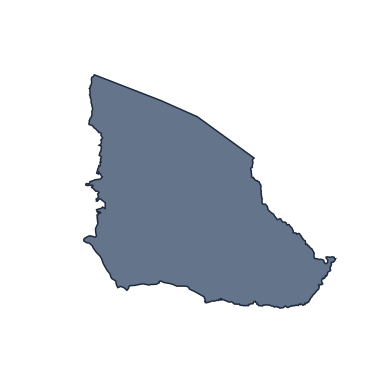 outline of Agua Blanca de Iturbide, Hidalgo, Mexico, rotated 73°
{"feature_id": "50627088B60120060131713", "entity_name": "Agua Blanca de Iturbide", "entity_type": "district", "adm_level": 2, "iso_a3": "MEX", "parent_name": "Mexico", "parent_adm1": "Hidalgo", "projection": "albers", "projection_center": [-98.352, 20.365], "detail": "fine", "context": "isolated", "style": "filled", "palette": "slate", "viewbox_px": 384, "rotation_deg": 73, "n_neighbors": 0, "source": "geoboundaries", "source_scale": "gbopen_adm2", "svg_char_len": 6032}
<svg xmlns="http://www.w3.org/2000/svg" viewBox="0 0 384 384"><g transform="rotate(73 192 192)"><path d="M139.8,273.6L140.2,273.2L142.0,275.0L146.2,277.7L147.5,276.1L145.8,275.3L147.9,274.4L150.4,273.9L151.3,273.4L151.9,274.0L152.6,275.5L152.8,276.8L151.9,281.1L152.2,282.6L152.3,286.6L153.0,286.7L153.5,287.2L153.8,287.9L153.9,288.5L153.1,290.5L153.2,290.9L153.7,291.4L154.4,291.4L154.8,291.1L155.3,290.0L155.9,286.5L156.2,285.7L156.8,284.8L157.4,285.1L157.9,286.7L158.4,286.6L159.8,285.4L163.0,283.9L163.6,282.2L165.1,281.0L165.6,281.4L166.2,282.7L168.2,283.0L169.3,282.7L169.8,283.0L170.6,285.0L170.7,285.7L171.0,285.8L171.5,285.5L172.7,286.1L173.1,285.1L171.7,283.1L171.6,282.3L171.8,281.7L176.9,278.1L182.4,279.9L180.2,282.0L181.0,282.9L181.0,288.5L183.1,288.5L183.5,287.2L184.2,285.9L185.0,285.4L185.5,286.2L184.5,288.1L186.2,288.2L186.8,289.3L186.5,289.6L187.7,289.9L188.6,289.7L189.1,290.4L190.1,290.1L190.4,290.5L191.5,290.6L191.8,290.4L192.4,291.0L193.2,290.9L194.9,291.4L197.3,293.7L199.3,295.2L202.8,295.9L206.3,296.3L206.8,298.0L204.7,301.1L203.9,303.1L204.2,305.4L205.0,308.5L206.0,309.5L207.0,309.8L207.7,309.4L209.9,307.3L210.7,305.4L214.2,303.1L216.4,302.9L221.8,301.1L226.4,298.7L229.3,298.0L234.4,297.8L239.2,296.8L242.1,296.1L245.9,294.5L246.7,294.4L250.1,294.4L251.5,293.9L254.8,290.9L257.4,291.3L259.3,291.4L260.8,291.0L261.7,291.0L261.6,288.9L261.3,288.4L261.7,287.5L263.4,285.2L267.0,283.0L265.5,280.7L264.9,280.7L263.4,279.1L264.6,273.9L265.4,265.9L268.5,260.1L268.3,259.0L269.8,253.2L269.2,249.8L269.0,249.6L268.4,249.8L268.2,249.7L267.8,248.4L268.7,247.0L270.2,245.6L273.5,239.1L275.0,237.0L276.3,235.6L277.7,233.8L278.7,230.2L280.1,225.8L280.9,224.3L281.6,223.5L284.4,222.6L288.1,218.4L295.9,211.0L296.9,211.2L297.0,211.0L299.7,211.0L300.0,211.2L300.1,211.7L300.4,211.8L300.8,211.1L301.7,211.5L301.8,211.3L302.0,210.7L302.2,210.4L302.3,206.6L302.0,204.6L302.9,202.7L302.8,200.2L303.5,198.2L303.2,197.6L302.7,197.5L303.7,196.1L303.8,195.4L301.9,196.3L308.1,188.8L308.6,186.2L311.5,184.2L311.8,183.7L311.9,182.7L312.2,182.4L312.6,181.4L313.0,179.5L314.1,179.3L314.8,178.1L315.3,176.5L316.0,175.8L315.9,174.6L316.6,173.7L316.5,172.8L316.6,172.2L317.1,171.9L317.2,171.3L316.7,170.5L316.2,170.3L316.2,167.8L316.6,166.9L316.7,166.4L315.8,165.7L315.1,164.9L315.1,163.4L316.1,163.4L316.9,162.5L317.5,162.4L318.2,162.7L318.4,161.9L320.0,161.6L321.5,158.2L321.4,157.7L321.2,157.4L321.3,157.2L321.1,156.3L321.6,155.1L321.5,154.0L321.7,153.5L322.4,152.4L322.8,151.0L324.6,148.8L324.7,147.9L326.0,147.0L326.2,146.6L326.1,145.0L327.3,143.6L327.4,143.0L328.0,142.2L328.5,142.2L328.9,141.0L328.9,140.1L329.3,139.4L329.3,138.8L328.4,136.3L328.4,135.8L330.0,134.9L330.5,133.9L329.9,130.0L330.4,129.8L330.1,128.6L330.8,127.4L330.5,125.7L330.9,125.5L330.9,125.0L331.5,123.7L331.5,123.3L330.9,122.8L330.7,121.8L330.8,121.5L331.3,121.4L331.1,120.7L331.5,119.8L332.7,119.1L332.7,118.8L332.3,118.0L332.6,117.5L332.6,116.8L332.1,116.3L331.4,116.4L331.8,114.5L331.4,113.9L331.5,113.5L331.1,112.9L331.1,112.3L330.2,111.7L329.4,110.6L328.8,110.4L328.8,110.1L328.0,109.4L327.3,108.0L326.1,106.8L325.2,104.9L323.3,102.1L322.8,101.8L322.5,100.3L321.9,99.4L321.6,99.0L319.7,98.0L318.3,98.2L317.8,98.2L317.6,97.9L317.7,97.5L318.1,97.2L318.2,96.3L318.5,95.2L318.0,94.9L318.2,94.0L318.0,93.8L317.5,93.8L316.7,94.2L315.1,94.1L314.2,93.8L312.8,92.4L312.7,91.8L313.4,91.6L313.2,90.5L312.8,90.3L311.9,89.1L311.1,88.9L311.1,88.3L311.6,87.9L310.9,87.4L310.8,87.0L310.3,86.5L309.2,86.2L308.3,85.4L307.7,82.5L306.9,82.3L305.8,82.5L305.1,82.0L304.0,81.8L303.5,80.7L301.8,79.7L301.0,79.9L300.5,79.7L300.5,79.3L300.1,79.0L300.4,77.6L299.5,75.7L297.8,74.2L297.7,74.7L297.2,75.2L296.2,75.1L295.8,75.3L294.9,77.0L294.9,78.6L293.5,81.9L293.5,82.9L294.7,82.9L296.4,82.1L297.8,82.3L298.3,82.5L299.6,83.7L299.9,84.6L298.6,86.0L295.6,86.1L294.3,87.9L293.8,89.0L293.7,90.1L292.1,92.3L291.8,93.5L291.3,94.3L288.9,94.1L286.2,93.0L282.5,93.8L281.2,94.1L280.6,94.8L279.5,95.3L278.9,95.8L277.8,96.0L277.4,96.9L275.8,96.9L275.4,97.7L275.4,98.6L274.5,98.6L273.5,98.1L271.8,98.0L270.4,99.3L269.9,99.3L269.1,99.8L268.2,99.8L267.7,100.4L266.5,100.3L263.1,101.5L262.8,102.2L262.8,104.3L262.1,104.3L262.0,104.6L261.5,104.7L261.1,106.1L260.5,107.1L260.2,107.1L259.6,106.7L258.7,106.5L257.7,106.8L255.8,106.9L253.2,108.3L251.7,108.6L251.3,109.2L251.3,110.7L250.8,110.9L249.2,111.0L248.4,111.3L247.8,112.3L247.4,113.9L244.9,114.9L243.8,115.0L243.3,115.5L243.3,116.4L243.6,117.3L243.4,118.2L243.1,118.5L238.9,120.2L237.3,120.3L234.4,122.7L232.6,123.6L231.5,124.4L227.6,124.2L226.8,124.7L225.4,125.2L224.9,125.8L224.5,127.3L223.6,128.2L221.4,127.8L219.3,127.0L218.9,126.7L217.4,127.0L216.4,126.6L215.0,126.8L214.6,126.4L213.9,126.1L212.6,126.1L211.6,125.6L209.2,125.3L207.6,124.8L206.8,124.3L205.0,124.3L204.5,124.3L204.0,124.9L202.1,124.8L201.4,125.3L200.8,126.3L200.2,126.4L200.1,126.9L199.2,127.9L198.1,128.5L197.3,128.5L196.7,129.4L196.0,129.1L195.6,129.9L195.2,130.5L194.4,130.6L193.6,130.1L191.7,129.7L190.6,129.6L188.8,129.0L188.3,129.4L187.1,129.2L186.3,128.5L186.2,128.2L186.3,127.8L185.9,127.0L185.2,127.0L184.3,126.7L181.6,125.0L179.8,125.0L178.9,124.6L178.5,124.3L177.7,122.7L121.6,164.9L95.4,195.1L51.3,251.2L52.3,251.9L52.8,252.7L52.9,253.9L53.1,254.3L54.5,255.2L58.2,256.0L60.4,257.4L60.5,258.0L60.9,258.4L62.4,258.7L62.9,259.9L63.7,259.7L67.9,260.6L68.3,260.6L69.1,261.6L69.6,261.3L70.5,261.5L71.1,261.3L71.9,261.7L72.8,261.5L73.8,261.5L75.6,261.8L76.9,262.4L79.0,262.2L80.5,262.6L82.2,262.5L84.3,263.0L85.4,264.1L88.9,265.1L91.1,266.7L91.5,267.1L91.9,268.0L92.7,268.4L93.6,269.4L94.1,269.3L96.7,270.7L97.4,270.7L99.2,267.9L102.3,266.7L103.4,265.7L106.2,264.4L106.7,263.7L107.7,263.9L108.4,262.4L109.8,261.6L111.0,262.5L112.8,262.1L113.8,261.7L114.5,261.8L115.1,263.2L115.7,264.1L116.7,263.7L118.9,264.5L119.9,265.9L120.1,267.2L121.6,265.4L121.9,265.5L122.1,265.3L126.9,267.5L126.8,268.0L129.8,270.1L131.6,268.3L134.3,270.1L136.9,270.4L136.6,271.3L139.5,271.8L140.2,272.7L139.6,273.5L139.8,273.6Z" fill="#64748b" stroke="#1e293b" stroke-width="1.5"/></g></svg>